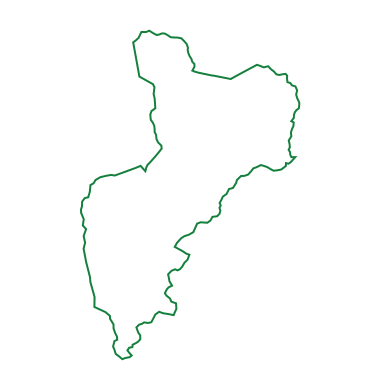 outline of Riachinho, Tocantins, Brazil, rotated 267°
{"feature_id": "56859067B22428854135071", "entity_name": "Riachinho", "entity_type": "district", "adm_level": 2, "iso_a3": "BRA", "parent_name": "Brazil", "parent_adm1": "Tocantins", "projection": "mercator", "projection_center": [-48.146, -6.475], "detail": "fine", "context": "isolated", "style": "outline", "palette": "green", "viewbox_px": 384, "rotation_deg": 267, "n_neighbors": 0, "source": "geoboundaries", "source_scale": "gbopen_adm2", "svg_char_len": 2853}
<svg xmlns="http://www.w3.org/2000/svg" viewBox="0 0 384 384"><g transform="rotate(267 192 192)"><path d="M34.2,107.4L31.9,110.3L28.7,113.7L29.7,116.5L30.3,121.0L31.9,123.2L34.1,121.4L37.2,119.2L39.8,121.1L40.2,124.3L42.6,124.7L44.1,128.2L45.4,130.4L47.6,132.6L51.6,132.8L54.3,131.0L59.7,129.4L62.3,132.3L63.0,135.2L64.3,137.4L63.5,141.2L64.1,144.6L71.6,149.0L74.1,152.9L72.5,156.6L71.3,162.2L70.0,167.2L72.9,168.6L76.1,170.3L81.7,170.2L83.5,165.7L86.9,164.4L89.6,161.3L92.3,159.6L96.2,161.8L98.1,163.8L99.5,167.2L104.1,164.8L107.6,164.4L111.0,163.8L114.4,167.4L115.7,171.1L114.5,173.4L115.5,175.9L118.2,178.5L121.7,180.7L124.6,184.0L129.5,186.1L130.8,183.0L133.4,179.5L138.1,171.9L142.2,174.5L146.4,178.8L148.3,182.1L149.5,186.6L151.8,191.2L160.2,195.5L161.3,199.0L160.5,205.7L162.6,209.0L166.1,211.1L166.5,215.9L168.9,218.4L171.8,219.3L174.8,218.6L177.1,220.0L179.5,219.0L182.6,220.9L185.8,222.6L188.2,226.4L193.0,229.1L193.9,233.1L199.0,236.7L201.5,237.4L205.4,241.8L205.4,245.3L206.5,249.0L209.9,252.4L212.4,254.5L213.3,257.5L215.3,262.3L214.3,265.1L212.9,268.5L210.7,271.7L209.0,274.6L209.2,278.1L209.8,282.4L213.1,287.1L215.9,287.4L215.2,289.9L216.7,292.2L218.7,294.2L221.4,296.9L221.6,293.1L224.0,292.1L226.7,292.0L229.1,290.7L231.4,292.0L234.4,292.0L238.4,291.3L242.4,294.1L246.2,293.9L249.7,295.2L252.5,296.7L256.2,297.2L257.5,294.9L260.7,297.6L263.8,297.9L266.3,298.9L268.4,300.7L269.9,303.0L272.6,303.6L275.7,303.8L280.1,302.0L283.8,301.1L288.0,302.3L292.0,300.8L293.3,297.3L295.6,296.0L296.7,293.1L300.3,292.8L303.2,293.1L305.1,291.5L304.7,287.8L304.3,285.2L305.1,282.4L308.0,280.2L310.5,277.3L313.6,274.6L312.7,270.2L314.5,266.4L315.6,263.5L308.0,247.3L302.8,236.5L306.9,220.4L307.4,217.6L310.9,204.4L312.0,201.2L313.2,198.7L316.9,201.0L319.7,201.1L322.0,199.1L324.8,198.4L328.1,196.6L331.0,195.6L333.8,195.1L336.3,195.5L340.1,194.4L343.0,192.1L346.0,189.5L347.0,185.4L347.2,182.6L347.7,178.8L349.9,175.9L351.7,173.0L351.9,170.1L351.0,167.6L350.6,165.0L352.6,161.6L355.3,157.8L354.1,154.3L354.5,149.9L351.1,148.0L348.8,146.8L346.4,143.9L344.5,141.1L310.0,145.5L301.7,158.7L298.5,160.0L291.7,158.8L287.5,159.6L283.2,159.7L277.5,159.7L275.0,155.8L271.5,154.4L266.3,154.6L263.1,156.6L260.0,157.8L256.8,158.0L253.9,157.8L251.1,159.1L246.7,159.3L243.2,160.8L240.0,163.8L237.0,164.0L234.2,161.6L229.1,156.9L223.8,151.7L221.4,149.0L218.7,147.6L215.2,146.5L220.8,142.0L219.0,137.0L212.5,115.8L213.3,112.0L212.6,106.8L211.6,101.3L209.1,96.4L205.8,94.1L204.3,91.0L197.3,89.9L192.2,88.1L191.5,84.6L188.2,81.8L183.6,81.4L180.1,80.2L176.9,80.2L170.5,82.5L164.3,81.2L160.5,84.3L153.7,81.5L147.0,82.6L141.1,80.8L127.8,82.6L112.2,85.7L107.5,85.8L92.2,89.2L82.3,88.5L76.6,99.3L72.5,103.6L69.8,103.5L63.8,106.7L59.9,106.5L55.1,107.9L51.5,109.5L48.4,109.6L47.1,106.7L41.7,105.1L39.1,106.1L34.2,107.4Z" fill="none" stroke="#15803d" stroke-width="2"/></g></svg>